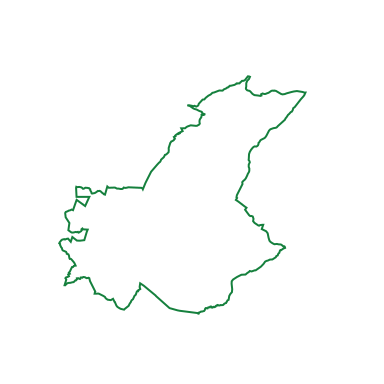 Tianguismanalco, Puebla, Mexico (Albers equal-area conic projection), rotated 114°
{"feature_id": "50627088B16397260024665", "entity_name": "Tianguismanalco", "entity_type": "district", "adm_level": 2, "iso_a3": "MEX", "parent_name": "Mexico", "parent_adm1": "Puebla", "projection": "albers", "projection_center": [-98.47, 19.0], "detail": "fine", "context": "isolated", "style": "outline", "palette": "green", "viewbox_px": 384, "rotation_deg": 114, "n_neighbors": 0, "source": "geoboundaries", "source_scale": "gbopen_adm2", "svg_char_len": 6028}
<svg xmlns="http://www.w3.org/2000/svg" viewBox="0 0 384 384"><g transform="rotate(114 192 192)"><path d="M300.4,136.4L299.9,136.4L299.4,136.7L298.0,135.3L297.5,135.1L297.0,134.0L295.7,132.5L294.6,132.3L293.4,132.5L292.5,132.3L292.2,131.8L292.3,131.1L292.0,130.4L290.9,130.3L290.3,129.5L290.2,128.8L289.3,128.7L288.9,128.2L289.1,127.9L289.0,127.5L289.5,126.8L289.2,126.1L288.4,125.9L288.1,125.6L288.0,124.5L286.9,123.7L286.7,123.7L286.5,123.9L285.5,123.3L285.4,122.7L284.8,122.6L284.7,122.1L284.8,121.5L284.3,120.4L283.7,120.0L283.2,118.6L282.4,117.5L281.0,117.1L279.9,116.2L279.5,115.7L278.9,115.8L278.5,115.6L276.6,115.5L275.6,114.7L271.8,115.7L269.6,115.5L267.3,114.8L264.5,115.7L259.7,118.5L257.4,119.4L255.3,118.9L251.3,116.3L247.5,113.2L245.6,109.5L244.0,108.8L241.5,107.3L240.7,107.1L240.3,105.2L238.1,102.9L237.7,102.0L232.2,98.7L228.6,97.4L225.9,96.9L224.6,95.9L223.9,94.9L222.1,93.4L220.9,91.1L217.5,88.9L216.2,88.9L215.3,88.0L214.6,87.9L214.0,88.1L212.7,87.9L212.1,87.5L210.0,87.8L209.3,87.7L209.0,87.5L209.0,87.0L206.1,85.3L205.6,84.5L205.2,84.2L204.2,85.1L204.1,85.9L204.5,86.6L203.8,88.9L204.0,90.1L204.6,91.6L204.9,93.3L206.2,95.5L206.1,97.5L205.7,99.9L205.0,101.4L202.7,103.4L198.9,106.1L197.7,108.3L197.5,113.2L193.0,113.6L193.3,114.3L194.4,116.1L194.8,116.6L195.4,116.9L195.6,117.7L194.8,122.3L193.8,124.3L191.5,124.9L189.7,126.5L189.7,127.8L190.3,129.0L190.0,130.3L186.6,136.3L184.2,135.8L183.7,138.3L181.9,145.8L181.4,148.7L179.1,148.4L178.8,149.2L176.6,149.7L164.2,149.1L162.6,150.1L160.9,149.6L159.3,148.8L157.6,148.4L154.3,148.3L153.1,148.4L150.3,148.1L149.3,148.3L147.2,149.2L146.0,150.4L143.9,151.3L141.3,151.3L140.3,152.2L139.7,153.3L138.9,153.5L134.2,155.3L131.8,155.5L129.3,155.2L126.7,154.5L125.7,154.0L124.9,153.4L124.3,151.7L123.5,151.1L122.5,150.7L121.0,150.8L120.2,151.2L119.1,150.8L116.9,150.5L116.1,150.0L113.4,147.8L112.4,147.3L110.3,146.9L104.7,146.6L103.2,146.1L102.5,145.6L100.6,143.6L99.2,141.5L98.5,140.9L96.7,140.3L88.2,136.5L86.7,136.5L85.5,136.1L82.4,135.6L81.2,135.0L78.9,134.3L78.0,133.5L76.3,133.3L74.2,133.6L72.7,132.7L63.0,130.3L59.3,129.1L57.9,128.8L55.0,128.8L55.5,129.9L55.6,131.5L57.1,137.2L58.7,139.8L60.2,141.8L63.4,145.7L64.8,147.1L66.0,149.0L66.2,150.5L65.5,156.5L65.9,158.2L66.2,158.3L66.7,159.8L67.3,160.6L70.2,162.4L71.5,163.8L72.5,164.7L73.1,165.9L73.3,167.6L74.6,168.6L75.6,167.8L76.4,168.6L76.9,170.6L78.1,174.4L77.8,176.6L76.4,179.7L76.2,180.7L76.5,181.7L76.6,183.1L75.9,184.6L75.2,185.0L73.7,185.3L70.5,186.7L68.0,186.8L65.6,185.9L63.2,185.9L63.2,186.8L63.6,188.0L68.4,189.2L69.5,190.2L70.1,191.5L71.4,192.0L72.2,192.5L73.3,192.7L73.7,193.1L74.0,194.3L74.6,194.8L74.7,195.5L75.6,195.8L76.9,196.8L79.2,199.8L79.5,200.6L80.7,201.0L80.9,201.4L81.9,201.7L82.5,202.5L83.3,202.8L85.4,204.7L86.8,205.2L87.1,205.6L88.1,208.2L88.5,208.7L92.1,212.3L93.1,213.7L95.3,214.6L97.3,216.2L100.4,217.8L102.4,218.4L103.3,219.9L108.7,221.7L110.1,221.5L110.8,221.7L111.9,222.5L112.2,222.8L112.3,223.3L112.2,224.7L113.3,226.0L113.2,226.8L113.9,229.8L114.6,231.5L114.6,230.7L114.3,228.9L115.1,224.8L115.1,223.2L114.8,221.5L115.0,218.2L114.8,216.2L114.9,215.5L115.7,215.0L115.8,214.3L115.8,212.2L116.2,212.1L116.9,212.7L117.7,214.5L118.1,214.2L119.0,214.2L120.0,213.9L122.0,214.3L123.2,214.3L124.9,213.7L126.4,212.7L127.5,212.9L129.5,214.4L130.0,215.4L131.6,220.3L133.9,222.7L134.8,223.4L136.6,224.3L138.2,227.7L140.2,225.3L143.0,227.7L143.4,227.1L144.7,228.2L144.4,228.7L146.4,229.9L147.4,230.3L147.8,229.8L149.1,230.9L150.3,229.3L150.9,229.7L152.0,229.7L153.4,230.6L154.3,231.5L155.3,231.6L155.9,231.8L161.3,231.2L163.3,230.2L165.2,229.6L167.3,230.4L168.7,231.2L169.1,231.8L171.6,231.9L175.0,233.4L176.3,233.3L177.4,233.4L178.5,234.0L180.8,234.8L190.1,237.6L202.4,238.2L209.5,238.0L209.0,238.6L208.7,239.7L213.6,252.1L214.6,253.3L215.5,254.8L215.7,256.2L217.0,256.5L217.7,257.1L218.3,258.5L218.8,260.6L219.4,261.9L219.3,264.2L222.0,269.8L221.4,271.6L229.8,270.4L229.9,271.7L229.6,272.1L229.3,273.7L228.6,275.6L228.5,276.8L229.2,277.8L229.3,278.4L230.3,279.0L230.8,279.2L232.5,280.4L234.1,282.7L234.0,283.2L232.7,284.3L232.0,285.5L230.9,286.1L230.6,287.4L230.4,287.6L230.8,289.3L231.5,291.2L233.1,292.3L233.4,293.0L232.9,294.1L232.8,295.2L233.2,297.0L234.3,299.0L234.3,299.8L235.3,299.6L243.4,295.5L238.2,283.8L248.3,283.9L246.1,294.2L257.0,293.3L257.0,294.8L258.4,296.0L259.1,297.0L260.2,297.8L261.6,299.2L262.8,299.3L266.5,297.1L270.2,291.4L277.2,289.4L277.9,286.3L277.9,285.1L277.2,283.8L275.8,282.0L275.6,281.0L274.8,280.0L275.3,279.2L275.1,278.9L272.9,277.4L271.6,277.1L271.0,277.8L269.9,277.3L270.4,276.3L268.8,272.0L271.4,271.9L279.8,270.8L281.9,274.3L283.2,277.3L281.8,283.0L286.8,282.5L285.0,286.3L286.0,287.7L287.1,288.7L287.0,289.5L288.3,291.2L289.6,291.9L290.4,292.0L291.7,292.4L292.9,292.4L293.1,291.4L294.1,290.9L295.8,288.9L296.1,288.1L297.5,287.0L297.9,286.3L297.9,282.7L298.5,281.9L299.4,281.3L299.2,279.6L300.2,278.5L302.3,277.1L302.8,276.5L302.5,276.1L302.4,275.4L302.7,274.5L304.3,271.2L305.0,270.2L306.6,268.4L307.6,269.9L308.7,270.1L309.0,270.3L309.4,271.1L312.2,271.2L314.4,271.2L315.7,271.7L316.4,270.4L317.7,271.6L319.0,270.1L320.2,271.1L321.2,272.3L322.2,272.6L323.2,271.2L329.0,270.5L328.8,269.9L326.6,269.1L325.4,268.1L324.6,266.4L323.0,264.4L322.5,263.5L320.1,262.6L320.0,262.1L318.6,261.6L317.7,262.1L317.0,260.8L317.2,259.8L317.0,258.9L316.6,258.7L315.4,258.9L315.0,258.1L314.9,257.3L313.9,256.8L313.4,255.2L313.6,253.3L312.8,252.0L312.5,251.8L312.4,251.5L312.5,250.8L314.9,248.9L322.3,239.9L322.7,240.0L324.5,239.6L322.8,236.0L322.8,235.0L323.0,230.6L323.3,228.8L324.2,227.6L324.7,225.3L323.8,222.2L321.7,220.7L324.0,217.9L323.9,217.7L326.5,214.9L327.3,213.4L327.7,210.8L327.7,209.3L327.1,206.2L326.4,206.0L321.8,203.6L319.1,203.5L317.6,203.1L317.0,203.2L315.5,203.1L313.9,202.3L310.3,202.3L308.7,201.6L305.6,201.9L304.3,201.5L304.4,200.9L303.1,200.8L301.7,199.8L300.1,201.2L296.5,202.2L297.2,198.0L301.4,183.0L301.7,182.6L307.2,165.3L306.0,157.1L305.5,154.9L300.4,137.9L300.6,136.8L300.4,136.4Z" fill="none" stroke="#15803d" stroke-width="2"/></g></svg>